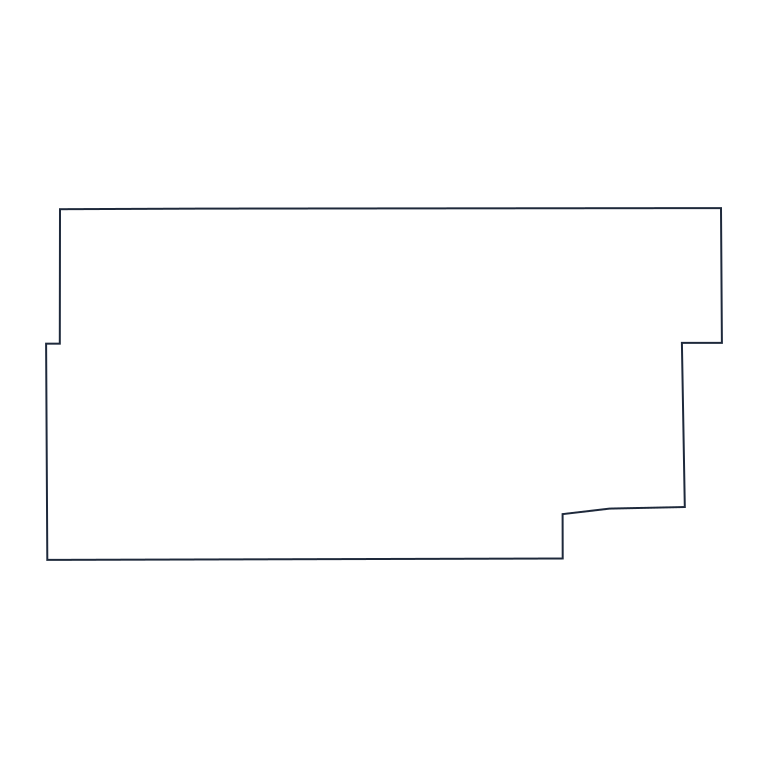 Douglas, Illinois, United States of America
{"feature_id": "52423323B58198584375209", "entity_name": "Douglas", "entity_type": "district", "adm_level": 2, "iso_a3": "USA", "parent_name": "United States of America", "parent_adm1": "Illinois", "projection": "robinson", "projection_center": [-88.204, 39.766], "detail": "fine", "context": "isolated", "style": "outline", "palette": "slate", "viewbox_px": 768, "rotation_deg": 0, "n_neighbors": 0, "source": "geoboundaries", "source_scale": "gbopen_adm2", "svg_char_len": 278}
<svg xmlns="http://www.w3.org/2000/svg" viewBox="0 0 768 768"><path d="M47.3,559.9L562.7,558.5L562.6,514.1L609.6,508.6L684.8,507.0L681.9,342.9L721.9,342.9L721.0,208.1L202.5,208.6L60.0,209.2L59.8,343.7L46.1,343.7L47.3,559.9Z" fill="none" stroke="#1e293b" stroke-width="2"/></svg>